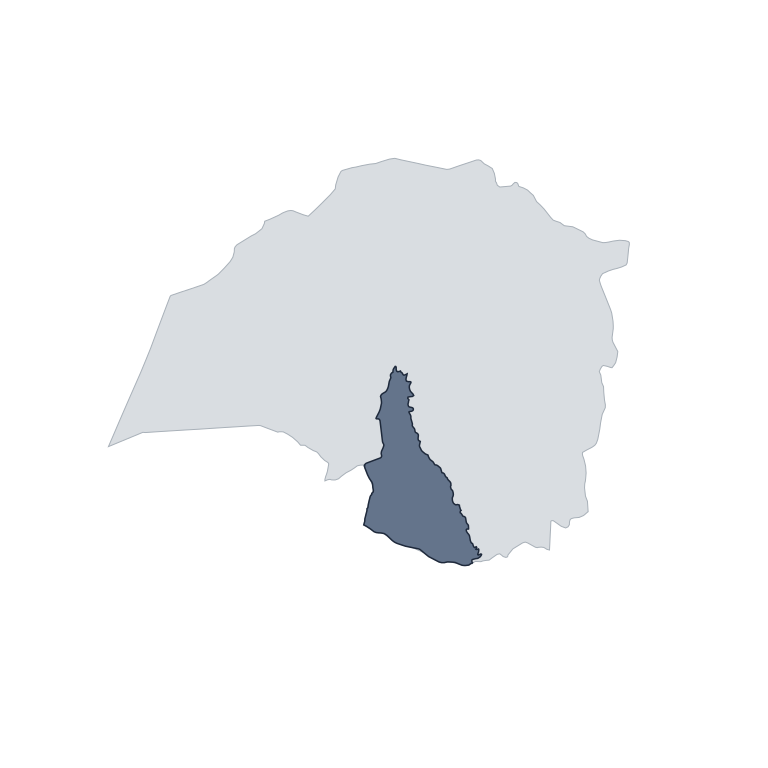 Afar on a map of Ethiopia (Albers equal-area conic projection), rotated 159°
{"feature_id": "ETH-3111", "entity_name": "Afar", "entity_type": "Administrative State", "adm_level": 1, "iso_a3": "ETH", "parent_name": "Ethiopia", "parent_adm1": "", "projection": "albers", "projection_center": [40.326, 11.654], "detail": "fine", "context": "in_parent", "style": "filled", "palette": "slate", "viewbox_px": 768, "rotation_deg": 159, "n_neighbors": 0, "source": "natural_earth", "source_scale": "10m", "svg_char_len": 8213}
<svg xmlns="http://www.w3.org/2000/svg" viewBox="0 0 768 768"><g transform="rotate(159 384 384)"><path d="M187.4,520.5L186.9,519.8L183.6,517.1L180.5,513.6L178.7,509.8L177.0,506.6L176.2,499.6L174.0,495.2L171.8,489.9L168.7,479.8L167.3,476.3L164.7,474.0L161.8,471.7L159.0,467.2L151.4,463.1L148.5,460.0L143.5,454.6L142.3,451.9L142.0,449.2L140.5,446.7L137.7,443.8L129.0,437.5L126.6,436.7L123.4,436.0L118.8,435.3L112.6,433.8L107.3,431.3L104.9,429.5L104.3,428.3L104.9,426.4L106.9,423.1L110.8,415.3L113.6,409.9L115.3,408.4L120.1,408.1L125.2,408.4L128.9,408.9L134.1,409.1L140.4,408.7L142.9,407.0L144.9,405.0L145.8,403.6L146.1,400.1L146.2,397.3L146.0,386.4L145.9,379.7L145.8,372.1L145.9,370.5L146.0,368.6L147.7,360.5L149.2,355.9L150.2,353.4L154.4,345.7L155.1,343.3L155.3,341.0L154.1,330.5L156.7,325.7L160.1,320.9L162.9,318.9L165.3,317.5L166.4,318.1L169.1,320.4L172.6,322.7L174.3,322.3L176.7,320.4L178.6,318.4L178.4,314.7L180.2,307.2L180.0,302.9L181.8,297.5L183.9,290.0L184.8,285.2L185.9,282.6L191.2,277.4L195.8,270.0L198.7,264.6L204.2,255.8L207.0,252.6L209.2,251.2L212.5,250.4L218.7,249.7L223.1,249.0L223.8,247.8L224.2,246.0L224.3,242.0L225.2,235.2L227.2,228.5L229.6,223.5L230.8,221.2L232.3,219.0L234.0,215.2L236.1,207.1L236.1,201.6L239.2,191.6L239.8,191.5L244.8,189.7L249.7,189.5L254.4,190.9L257.4,191.2L258.9,190.6L260.2,188.9L261.4,186.2L263.4,184.7L266.0,184.5L269.5,187.6L275.0,195.8L276.5,196.3L277.4,196.1L280.2,189.6L282.5,184.5L286.6,175.1L289.0,169.7L291.2,171.3L293.3,174.1L295.7,175.4L298.4,176.2L299.6,176.3L301.2,177.4L306.9,184.2L308.8,185.8L311.5,186.0L322.7,183.9L329.5,180.0L330.5,178.4L332.3,178.4L334.6,180.2L335.4,181.8L336.8,184.0L339.5,184.4L345.9,182.8L349.0,181.9L351.7,182.7L355.1,183.4L357.2,183.4L362.3,185.6L368.4,184.9L371.2,185.0L374.2,185.9L379.0,189.4L385.2,193.7L394.2,196.7L396.0,197.9L400.4,202.8L407.1,212.1L415.9,220.9L425.6,227.9L430.7,232.8L434.2,238.7L437.6,244.1L441.1,246.4L444.4,248.2L447.7,252.3L450.1,255.8L453.4,259.6L449.8,265.0L445.1,272.2L439.5,280.6L437.8,282.7L432.9,287.7L432.0,289.2L431.1,292.8L431.0,299.5L431.7,307.9L432.4,315.8L435.1,316.7L438.3,317.2L441.8,316.2L446.0,315.3L451.2,314.7L457.0,313.1L460.4,311.8L464.0,311.9L467.2,313.2L468.7,314.4L471.0,314.8L473.9,314.7L473.3,316.2L471.7,318.4L469.8,320.6L468.1,322.8L464.3,329.1L464.2,329.9L464.7,331.1L466.8,333.9L469.0,338.5L470.2,342.7L471.2,344.8L473.8,347.1L477.7,351.9L479.7,355.1L483.9,356.8L485.3,360.9L488.5,367.0L492.0,371.8L495.3,375.5L499.0,377.0L500.4,377.1L508.2,384.0L514.1,389.3L515.5,390.1L526.1,393.5L538.3,397.3L548.1,400.4L560.6,404.3L572.9,408.1L584.5,411.8L600.7,416.9L613.8,421.0L624.2,424.2L626.4,425.3L663.7,424.3L654.7,433.5L644.6,443.9L633.9,454.8L627.0,461.8L616.0,472.9L606.9,482.1L597.4,492.1L588.9,501.2L577.8,513.8L570.6,521.9L559.3,534.6L552.2,542.5L551.1,543.0L540.7,542.6L530.6,542.1L517.7,541.6L516.2,541.6L512.5,542.4L510.2,543.1L501.0,545.4L499.3,545.9L491.6,549.4L483.8,553.4L479.7,556.5L476.5,560.9L475.1,564.1L473.7,565.5L471.3,566.7L454.8,569.8L450.0,570.3L442.3,572.7L438.2,576.7L437.0,578.7L431.4,578.7L421.8,579.3L417.6,580.0L415.6,580.1L411.9,580.1L408.8,579.4L406.8,578.3L404.3,575.9L398.7,570.9L394.6,567.8L385.7,571.4L377.6,574.9L366.2,580.0L359.6,583.6L357.7,587.2L352.6,593.8L348.1,597.8L346.4,598.3L336.2,597.4L332.5,596.6L326.5,595.8L318.3,594.3L312.8,592.8L306.9,592.6L298.3,592.0L293.0,590.8L287.7,587.1L280.9,582.7L273.8,578.1L266.6,573.3L258.0,567.9L248.6,561.9L246.5,561.3L245.5,561.1L235.3,560.8L224.7,560.3L217.5,560.0L215.3,559.3L213.6,558.0L211.5,553.6L208.7,550.4L205.7,546.4L205.5,541.1L206.5,535.3L207.3,533.4L206.9,531.5L207.0,528.9L205.3,526.4L194.9,523.4L193.3,523.6L191.5,524.6L189.5,525.3L188.1,524.6L187.3,523.5L187.3,521.8L187.4,520.5Z" fill="#d9dde1" stroke="#a8b0b8" stroke-width="1"/><path d="M438.7,281.8L437.3,283.8L436.9,284.2L436.4,284.6L435.9,284.9L435.5,285.0L435.1,285.2L434.9,285.8L434.6,286.3L433.1,286.9L432.6,287.3L432.0,288.5L431.5,291.3L430.5,294.8L430.5,296.8L431.5,301.1L431.9,305.2L431.9,312.5L431.7,314.1L431.0,315.2L431.2,315.4L430.8,315.6L430.2,316.0L429.5,316.3L428.4,316.4L413.7,316.3L412.9,316.6L412.1,317.4L411.8,318.3L411.7,319.4L411.5,320.3L410.4,322.1L407.6,324.9L406.3,326.5L406.0,327.2L405.9,327.9L406.1,329.5L406.1,330.5L400.9,351.0L400.9,352.0L401.2,352.9L401.8,353.5L403.4,354.1L403.8,354.6L403.2,355.5L398.6,359.6L396.5,361.9L393.2,367.0L392.7,368.4L392.0,371.1L391.7,373.7L390.7,374.7L389.7,375.3L388.5,375.6L385.5,376.1L384.2,376.7L383.1,377.6L381.9,378.8L380.9,380.0L378.4,384.1L377.9,384.8L375.6,387.1L375.3,387.6L375.2,388.2L375.1,389.1L374.7,390.2L373.8,391.0L372.8,391.6L371.6,391.7L370.3,394.1L369.6,394.8L367.3,396.4L366.8,396.2L366.6,395.4L367.5,392.9L367.5,391.3L366.8,390.5L365.6,390.3L364.0,390.2L364.1,389.5L363.9,389.1L363.6,388.8L363.3,388.3L363.1,387.7L362.8,386.0L362.6,385.4L361.8,385.0L360.8,385.0L358.8,385.2L359.7,383.7L360.9,382.1L361.9,380.4L362.0,378.6L360.6,377.6L360.2,377.3L359.1,377.0L358.8,376.9L358.2,376.3L358.3,375.7L358.9,375.1L359.7,374.5L361.0,373.2L361.7,371.5L362.0,369.6L361.9,367.6L360.5,364.1L360.4,362.6L361.9,362.2L365.0,363.0L366.4,363.1L367.0,362.0L366.8,361.5L366.6,361.1L366.4,360.7L366.4,360.2L367.4,358.9L367.7,358.2L368.8,356.7L369.0,355.9L369.1,354.4L368.7,353.6L368.0,353.1L366.9,352.4L366.1,351.8L365.6,351.1L365.5,350.3L365.9,349.4L366.5,348.9L367.4,348.7L368.3,348.7L369.1,348.9L370.0,349.1L370.5,349.1L370.8,348.9L370.8,348.2L370.7,347.2L370.5,346.2L370.4,345.2L370.5,344.2L371.2,342.4L371.3,341.7L371.7,337.0L371.9,336.2L372.4,335.4L372.5,334.7L372.5,334.4L372.5,334.2L371.6,331.4L371.6,330.5L372.0,328.7L372.0,327.9L371.8,327.4L370.6,326.0L370.2,325.0L370.2,324.1L370.5,323.3L371.5,321.4L371.9,320.4L372.0,319.4L371.6,318.4L370.7,317.4L372.8,314.2L373.0,313.7L373.2,313.0L373.2,312.3L373.0,311.0L372.9,309.2L372.7,308.2L372.3,307.2L370.8,304.5L370.3,303.7L369.6,303.1L368.4,301.9L368.5,300.8L368.5,299.7L368.2,297.6L367.9,296.7L366.3,294.1L366.0,293.3L365.7,291.3L365.5,290.5L365.4,290.3L365.2,290.1L364.4,289.8L363.6,289.1L363.0,288.3L361.7,285.9L361.4,285.2L361.4,284.2L361.7,280.5L361.6,280.3L360.7,279.8L360.5,279.5L360.3,279.2L360.0,278.7L359.8,278.1L359.8,277.6L359.8,276.5L359.7,275.9L359.6,275.4L359.4,274.9L358.7,273.9L358.6,273.4L358.7,272.9L358.7,272.4L358.4,271.4L357.5,269.4L357.2,268.3L357.2,267.8L357.2,267.4L357.3,267.0L357.9,265.2L358.5,264.7L358.8,263.9L358.9,263.0L359.0,262.2L358.9,261.4L358.3,260.2L358.2,259.6L358.4,257.7L358.8,256.1L359.6,254.7L360.9,253.4L361.4,252.3L361.9,250.6L362.0,248.8L361.8,247.6L360.9,246.1L360.3,245.5L359.5,245.3L358.7,245.2L358.2,244.9L357.1,244.0L357.0,243.8L357.3,243.2L357.4,242.7L357.4,241.9L357.5,240.9L357.6,240.1L357.4,238.3L357.9,238.3L358.4,237.8L358.8,237.1L359.0,236.5L358.9,236.3L358.5,235.8L358.3,235.4L357.7,232.5L357.5,232.1L357.4,232.0L357.0,231.8L356.8,231.7L356.2,231.1L356.1,230.9L355.9,230.3L355.8,229.8L356.6,226.0L356.7,225.1L356.6,224.1L356.0,222.6L355.9,221.7L356.8,218.8L357.1,218.3L358.5,218.9L359.6,218.3L359.8,216.7L359.4,214.8L358.9,213.5L358.6,212.1L358.8,210.5L359.5,207.0L359.5,204.8L359.4,204.6L359.4,204.3L359.2,204.0L358.7,203.6L358.5,203.1L358.5,202.6L358.6,201.2L358.6,200.6L358.5,199.8L358.2,199.1L357.8,198.7L357.3,198.8L356.8,199.0L356.2,199.0L356.0,198.3L356.1,198.0L357.4,196.7L356.8,196.3L356.2,196.2L355.6,196.1L355.0,196.2L354.8,195.9L354.9,195.2L355.9,193.3L357.5,191.5L357.6,191.0L357.1,190.5L354.8,190.7L354.0,190.2L354.0,189.9L354.2,189.6L355.2,188.8L356.4,188.1L358.9,187.6L359.5,187.7L361.0,188.1L363.8,188.4L364.8,188.3L364.9,188.2L365.0,188.1L365.2,187.8L365.5,187.3L365.5,187.2L365.6,186.2L365.5,185.7L365.4,185.4L365.8,185.2L366.1,185.0L366.9,185.2L367.5,185.2L369.3,184.6L369.9,184.6L373.2,185.4L374.8,186.1L376.2,186.9L379.0,189.5L381.5,191.9L383.6,193.0L387.5,194.8L388.5,195.2L391.8,195.6L394.3,196.6L396.5,198.2L400.3,202.5L404.2,206.9L407.1,212.0L409.7,216.6L410.8,217.7L415.7,220.8L422.1,224.9L426.0,228.1L428.8,230.4L430.2,231.8L431.5,233.5L432.6,235.4L435.5,241.6L437.4,244.3L440.3,246.1L442.4,247.0L444.5,248.1L446.2,249.6L448.7,253.7L451.7,257.8L453.4,259.7L451.2,262.7L450.1,265.1L445.3,271.9L444.7,273.3L444.5,273.8L443.6,274.2L443.2,274.6L441.7,277.4L438.7,281.8Z" fill="#64748b" stroke="#1e293b" stroke-width="1.5"/></g></svg>